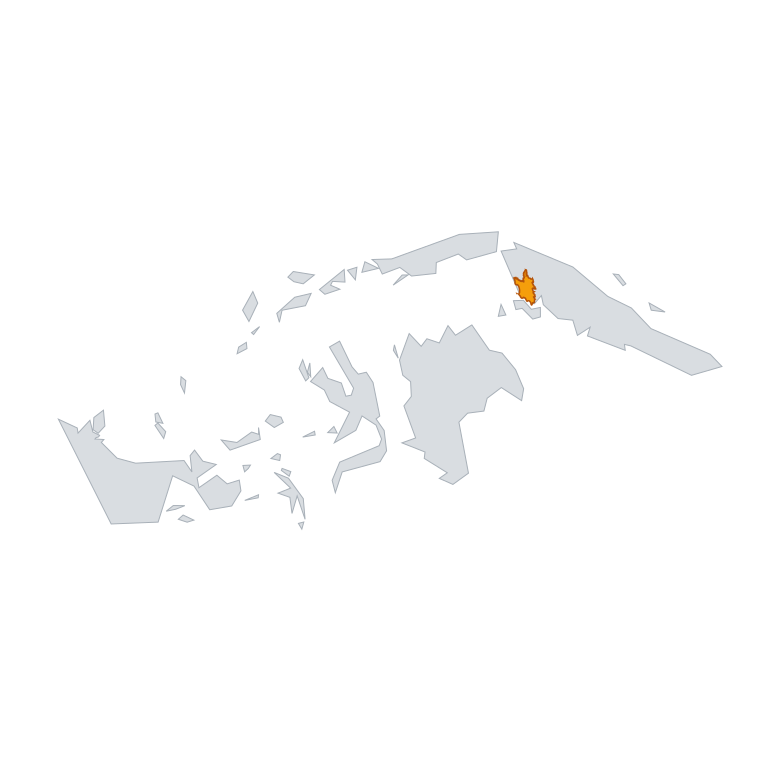 Ogan Komering Ilir, Sumatera Selatan, Indonesia shown in context, rotated 152°
{"feature_id": "22746128B6554957987252", "entity_name": "Ogan Komering Ilir", "entity_type": "district", "adm_level": 2, "iso_a3": "IDN", "parent_name": "Indonesia", "parent_adm1": "Sumatera Selatan", "projection": "equal_earth", "projection_center": [105.107, -3.327], "detail": "fine", "context": "in_parent", "style": "filled", "palette": "amber", "viewbox_px": 768, "rotation_deg": 152, "n_neighbors": 0, "source": "geoboundaries", "source_scale": "gbopen_adm2", "svg_char_len": 8331}
<svg xmlns="http://www.w3.org/2000/svg" viewBox="0 0 768 768"><g transform="rotate(152 384 384)"><path d="M270.3,304.7L282.1,325.8L299.6,323.0L308.5,313.2L323.9,319.0L335.8,315.1L351.3,265.6L370.3,263.0L379.5,274.7L369.8,275.9L383.4,299.4L379.7,304.7L395.8,323.6L381.4,321.5L376.7,355.3L365.7,360.2L359.4,373.6L363.3,382.9L359.1,397.8L338.1,416.7L333.5,399.8L324.9,403.8L315.9,394.3L300.1,405.5L298.0,393.5L278.7,394.9L275.1,364.4L265.3,355.9L261.1,334.9L262.9,314.3L270.3,304.7ZM77.4,240.8L108.4,247.3L148.2,301.8L153.1,306.1L155.2,300.5L181.8,330.9L175.3,337.4L190.4,336.1L187.3,351.7L199.6,360.1L206.1,379.2L203.5,388.2L213.5,384.3L222.2,397.5L218.2,446.4L203.4,441.0L202.9,448.0L162.3,398.6L145.3,356.3L129.9,335.0L122.3,307.6L82.0,257.1L77.4,240.8ZM690.6,388.5L688.0,505.8L675.5,489.2L677.2,484.3L660.7,490.0L663.6,478.3L659.2,472.2L660.8,471.3L663.5,471.8L665.0,471.1L657.4,466.5L661.0,465.1L654.5,443.8L640.5,430.7L596.5,410.3L594.9,396.5L588.8,411.8L582.3,414.6L580.2,400.9L569.9,391.7L593.1,388.8L596.1,379.3L574.4,381.9L569.4,369.5L556.9,367.1L560.5,356.8L575.7,347.8L596.9,354.8L599.7,383.1L613.7,402.2L648.3,368.1L690.6,388.5ZM475.0,323.3L459.8,335.8L417.2,331.8L412.0,336.5L410.3,351.4L418.4,366.1L430.6,356.3L455.5,355.4L427.6,375.3L440.1,393.9L439.5,406.7L447.7,420.7L430.4,427.3L430.9,415.3L421.2,404.9L423.4,391.1L418.1,389.5L412.8,394.6L414.8,442.3L403.1,442.7L404.2,414.2L402.1,404.8L394.1,402.7L393.0,390.5L402.8,357.7L407.4,356.9L405.7,342.9L413.1,323.8L423.9,317.3L462.2,326.0L478.0,310.9L475.0,323.3ZM222.6,448.1L252.8,454.8L257.4,463.9L280.8,466.7L286.3,457.3L309.0,466.4L315.3,479.5L333.9,481.9L333.5,493.0L336.1,499.5L318.4,490.8L247.2,480.7L211.6,464.7L222.6,448.1ZM513.2,326.0L526.0,312.9L520.3,328.1L528.8,337.4L515.3,335.9L522.5,357.5L512.6,345.7L509.1,320.7L517.2,301.6L513.2,326.0ZM519.3,393.1L551.0,397.9L554.0,411.0L541.3,401.4L523.4,403.7L518.3,398.4L515.2,404.5L519.3,393.1ZM445.5,496.7L422.1,502.5L405.8,498.2L416.6,490.0L439.4,497.0L447.4,487.6L445.5,496.7ZM378.5,488.4L394.1,491.0L396.7,497.7L365.4,503.8L370.6,492.3L381.3,498.8L384.8,496.3L378.5,488.4ZM473.9,502.6L474.2,515.6L456.4,527.2L457.5,514.7L473.9,502.6ZM222.2,371.5L226.5,385.9L232.6,387.8L230.6,396.8L221.6,392.4L218.8,380.8L210.0,378.2L214.4,369.8L222.2,371.5ZM655.9,490.6L644.0,492.6L650.2,477.9L659.5,474.7L662.3,480.2L655.9,490.6ZM408.3,510.4L415.5,516.6L418.7,523.5L411.3,525.9L394.3,513.0L408.3,510.4ZM501.3,397.1L506.2,407.0L498.8,410.4L490.5,403.1L490.9,397.4L501.3,397.1ZM334.6,488.7L351.1,493.0L343.5,500.9L334.6,488.7ZM360.4,489.4L362.8,501.6L353.1,499.8L360.4,489.4ZM251.3,390.1L243.3,399.3L244.0,387.7L251.3,390.1ZM604.1,439.3L605.7,455.0L602.0,455.7L599.1,444.4L604.1,439.3ZM329.5,467.0L316.8,471.7L311.5,469.0L329.5,467.0ZM451.7,423.5L451.7,437.6L444.4,443.6L447.4,424.8L451.7,423.5ZM102.0,315.6L113.4,323.7L111.9,331.1L102.0,315.6ZM129.9,373.5L125.4,370.4L123.4,358.9L126.8,358.6L129.9,373.5ZM559.8,485.7L557.4,480.0L564.4,469.7L563.9,479.0L559.8,485.7ZM548.5,342.6L561.6,346.6L546.8,345.1L548.5,342.6ZM468.7,371.3L480.7,375.3L467.5,374.9L468.7,371.3ZM446.1,430.4L439.6,437.4L445.3,424.8L446.1,430.4ZM615.8,353.1L622.7,354.4L629.1,361.1L622.9,362.6L615.8,353.1ZM499.5,479.7L495.0,484.8L486.0,485.4L488.4,479.6L499.5,479.7ZM603.3,457.6L600.3,465.0L597.2,464.7L597.7,453.1L603.3,457.6ZM518.8,371.3L510.8,372.6L508.6,370.1L512.0,365.4L518.8,371.3ZM617.0,370.1L626.7,371.2L636.0,373.9L627.1,375.6L617.0,370.1ZM448.4,362.7L456.5,367.5L448.2,370.0L448.4,362.7ZM525.0,301.1L519.6,299.8L524.7,294.4L525.0,301.1ZM466.9,493.1L475.9,488.9L476.9,491.5L466.9,493.1ZM548.3,371.9L546.8,378.3L540.0,375.1L543.5,373.1L548.3,371.9ZM359.9,409.3L356.4,413.7L359.3,400.1L359.9,409.3ZM511.0,347.1L515.2,355.9L513.6,357.3L507.4,350.4L511.0,347.1Z" fill="#d9dde1" stroke="#a8b0b8" stroke-width="1"/><path d="M205.5,396.7L205.4,396.9L205.7,397.0L205.6,397.6L205.4,397.8L205.5,398.0L205.7,397.9L205.8,398.1L205.6,398.3L205.8,398.3L205.7,398.4L205.7,398.5L205.5,398.8L205.7,399.3L205.7,399.5L205.6,399.9L205.6,400.4L205.5,400.5L205.5,400.8L205.6,401.0L205.7,401.4L205.8,401.5L205.7,401.6L205.6,401.8L205.8,401.9L205.8,402.0L205.7,402.2L205.7,402.4L205.6,402.5L205.7,403.1L205.6,403.3L205.7,403.7L205.7,403.8L205.6,404.0L205.3,403.9L205.2,403.9L204.8,404.2L204.7,404.3L204.6,404.2L204.3,403.9L204.1,404.3L203.9,404.4L203.9,404.6L203.8,405.3L203.5,405.8L203.5,406.3L203.4,406.8L203.4,407.4L203.5,407.3L203.9,407.3L204.3,407.3L204.6,407.4L204.7,407.6L205.2,407.9L205.2,408.6L206.2,409.5L206.3,409.6L206.5,409.8L206.6,410.2L206.5,410.7L206.5,411.1L206.4,411.2L206.3,411.6L206.5,411.9L206.5,412.0L206.2,412.5L206.4,412.9L206.5,412.9L206.7,412.6L206.9,412.6L207.0,412.7L207.3,412.7L207.2,412.8L207.3,412.9L207.2,413.1L207.1,413.7L207.0,413.8L206.8,413.8L206.5,414.0L206.3,414.3L206.2,414.6L205.9,414.9L206.0,415.0L205.9,415.0L206.0,415.4L205.8,415.5L205.6,415.6L205.6,415.8L205.4,415.9L205.4,416.1L205.4,416.4L205.3,416.5L205.2,416.7L205.1,417.1L205.0,417.5L204.8,417.6L204.9,418.0L205.1,418.0L205.4,418.4L205.5,418.1L205.8,418.0L206.0,417.9L206.3,417.9L206.5,417.8L206.6,417.7L206.8,417.4L207.0,417.3L207.1,417.2L207.3,417.1L207.5,417.1L207.5,416.9L207.8,416.7L208.2,416.8L208.4,416.7L208.5,416.6L208.5,416.4L208.6,416.2L208.8,416.1L209.1,415.9L209.0,415.4L209.3,415.1L209.3,414.8L209.4,414.6L209.5,414.4L209.8,414.5L209.9,414.3L209.8,414.2L209.7,414.1L209.6,413.9L209.8,413.6L210.0,413.4L210.0,413.2L210.1,412.8L210.0,412.7L210.1,412.4L210.3,412.5L210.5,412.3L210.5,412.1L210.6,411.9L211.0,411.6L211.3,411.6L211.4,411.8L211.5,411.9L211.8,411.5L211.9,411.4L212.1,410.8L212.1,410.7L212.0,410.0L212.1,409.9L212.3,409.8L212.4,409.5L212.3,409.2L212.5,408.8L212.7,408.6L212.8,408.7L212.9,409.1L212.9,409.7L213.0,409.9L213.1,410.0L213.4,409.6L213.7,409.6L214.0,409.7L214.1,409.8L214.0,410.3L214.0,410.5L214.5,410.5L214.6,410.4L214.8,410.7L215.0,410.8L215.2,410.7L215.3,410.9L215.1,411.3L215.2,411.7L215.4,411.8L215.6,411.5L215.9,411.8L215.8,412.3L216.1,412.5L216.2,412.3L216.4,412.5L216.1,412.7L216.1,412.8L216.4,413.1L216.5,413.3L216.7,413.7L216.4,414.1L216.3,414.5L216.5,414.7L216.6,414.4L216.8,414.5L217.1,414.5L216.9,414.8L216.9,415.2L217.1,415.3L217.2,415.2L217.3,415.0L217.4,415.3L217.5,415.5L217.6,415.9L217.6,416.1L218.0,416.0L218.3,416.3L218.5,416.1L218.5,415.8L218.6,415.6L218.8,415.8L219.0,415.8L219.1,416.0L219.3,416.4L219.4,416.7L219.6,416.6L219.6,416.3L219.6,415.7L219.9,413.8L220.1,413.2L220.8,411.8L221.0,411.1L221.1,410.7L221.1,410.4L220.6,409.5L220.4,409.3L219.8,408.9L219.7,409.0L219.3,408.4L219.3,408.0L219.2,407.1L219.4,405.8L219.6,405.0L220.2,403.2L220.3,403.2L220.7,402.4L220.8,402.1L220.7,402.1L220.9,402.0L221.0,401.6L221.4,401.2L221.5,401.2L222.1,400.6L222.5,400.4L222.8,400.2L222.9,399.9L222.9,399.7L222.8,399.0L222.4,397.7L222.5,397.6L222.4,397.2L222.6,396.9L222.6,396.7L222.4,395.8L222.3,395.3L221.6,395.0L221.3,394.7L221.1,394.7L221.1,394.8L220.9,394.9L221.0,395.0L220.7,394.9L220.3,395.1L220.0,394.9L219.6,394.5L219.4,394.3L219.1,393.7L219.0,393.4L218.9,393.3L219.0,392.9L219.0,392.4L218.9,392.3L219.0,391.7L219.0,391.3L219.0,390.4L218.9,390.0L218.8,389.9L218.7,389.8L218.3,389.9L217.4,389.8L217.0,389.5L216.7,389.1L216.6,388.9L216.4,388.2L216.3,387.2L216.4,386.3L216.6,385.8L216.7,385.3L216.7,384.8L216.6,384.5L216.4,384.5L216.3,384.8L215.9,385.0L215.7,384.9L215.4,385.0L214.9,385.4L214.8,385.6L214.7,385.5L214.5,385.8L214.4,385.8L214.2,385.6L213.9,385.6L213.6,385.7L213.4,385.6L213.2,385.5L212.9,385.5L212.7,385.6L212.7,385.8L212.4,386.2L212.4,386.5L212.2,386.7L211.9,387.0L211.7,387.4L211.5,387.5L211.3,388.1L210.9,388.0L211.1,388.5L211.0,388.8L210.7,388.9L210.6,389.1L210.6,389.3L210.8,389.3L211.1,389.9L211.1,390.3L211.0,390.7L210.6,390.7L210.0,390.5L209.8,390.5L209.5,390.3L209.4,390.4L209.4,390.6L209.4,390.9L209.4,391.1L209.2,391.4L209.3,391.4L209.3,391.7L209.3,392.0L209.4,392.7L209.1,393.4L209.1,393.8L209.5,394.0L209.5,394.3L209.5,394.5L209.3,394.5L209.2,394.5L208.8,394.7L208.7,394.9L208.3,395.0L208.7,395.2L208.6,395.5L208.8,395.8L208.7,396.4L208.6,397.4L208.6,397.6L208.4,397.8L208.2,397.9L208.2,398.2L207.9,398.2L208.0,398.4L207.9,398.4L207.7,398.6L207.4,398.6L207.1,398.4L207.1,398.5L206.9,398.4L207.0,397.9L206.7,397.7L206.6,397.4L206.3,397.4L206.0,397.1L205.9,396.9L205.5,396.7ZM223.8,400.9L223.9,401.1L224.1,401.3L224.1,401.2L223.8,400.9Z" fill="#f59e0b" stroke="#b45309" stroke-width="1.5"/></g></svg>